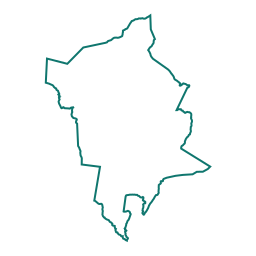 the district of Jano, Olancho, Honduras
{"feature_id": "27666195B16054115349616", "entity_name": "Jano", "entity_type": "district", "adm_level": 2, "iso_a3": "HND", "parent_name": "Honduras", "parent_adm1": "Olancho", "projection": "orthographic", "projection_center": [-86.513, 15.059], "detail": "fine", "context": "isolated", "style": "outline", "palette": "teal", "viewbox_px": 256, "rotation_deg": 0, "n_neighbors": 0, "source": "geoboundaries", "source_scale": "gbopen_adm2", "svg_char_len": 5806}
<svg xmlns="http://www.w3.org/2000/svg" viewBox="0 0 256 256"><path d="M47.0,58.6L45.8,82.7L49.2,83.7L50.0,84.1L52.6,85.2L53.3,85.9L53.9,86.9L55.1,88.0L56.2,88.5L56.3,89.4L56.5,89.8L57.0,90.2L57.8,90.6L58.0,90.8L58.7,92.9L59.1,93.3L59.2,93.6L59.1,93.9L58.4,94.6L58.6,94.8L59.0,94.8L59.3,95.0L59.5,95.5L59.1,96.4L59.0,96.8L59.6,97.0L59.4,97.2L59.2,97.4L59.1,97.6L59.1,98.7L59.3,98.9L59.5,99.1L59.6,99.4L59.4,99.8L58.7,101.2L58.6,101.7L59.1,103.6L60.5,106.3L60.9,107.4L61.3,108.0L61.6,108.2L62.0,108.1L62.8,107.6L63.2,107.2L63.4,107.2L63.8,107.4L64.2,108.0L64.6,108.2L68.2,108.4L69.7,108.6L70.2,108.4L70.6,107.9L71.2,107.6L73.1,107.3L73.2,107.5L72.8,107.7L72.6,107.9L72.2,108.8L72.0,111.1L72.3,112.0L71.8,113.2L71.7,113.8L71.5,114.3L71.5,114.7L71.7,115.2L71.8,116.0L72.0,116.5L72.5,116.9L73.1,117.7L73.4,118.0L73.9,118.1L75.7,118.5L76.7,119.2L76.8,119.4L76.7,120.0L76.1,121.2L76.0,122.3L76.1,122.7L77.1,123.6L78.1,145.8L78.3,146.4L78.7,146.9L79.1,147.5L79.6,149.0L80.4,150.8L80.5,151.8L80.3,152.4L80.3,153.0L80.6,155.5L81.5,157.2L81.8,158.3L81.7,164.5L100.0,166.8L94.3,200.6L94.8,200.7L95.1,200.9L95.9,201.5L98.2,203.5L98.7,203.8L99.5,204.0L101.2,203.8L101.6,203.9L101.9,204.3L102.4,205.2L102.4,205.9L102.8,207.3L102.5,208.6L102.4,209.6L102.5,210.0L102.7,210.4L102.8,211.3L102.6,212.1L102.6,213.1L102.4,214.5L103.0,216.2L103.6,216.8L103.9,217.4L104.2,217.5L104.7,217.6L104.9,218.1L105.5,218.7L107.1,219.6L107.9,219.8L108.9,220.3L109.1,220.5L109.4,221.3L109.7,221.7L110.1,222.0L111.2,222.5L111.8,223.2L112.3,223.6L112.2,224.4L112.2,225.0L112.4,225.2L113.1,225.7L113.7,225.7L114.2,225.9L114.6,225.9L114.8,226.0L114.7,227.0L115.1,228.3L115.9,228.9L115.5,229.6L115.4,229.9L115.9,231.6L116.0,232.0L116.3,232.3L116.8,232.5L117.0,232.5L117.2,232.4L117.4,232.4L118.1,233.7L118.6,234.3L119.1,234.6L120.2,234.9L120.5,235.1L120.7,235.3L121.0,235.9L121.2,236.2L121.8,236.4L122.7,236.2L122.7,236.8L122.8,237.5L123.0,238.2L123.3,238.7L124.8,239.1L125.5,240.0L125.9,240.2L126.3,240.3L126.9,240.6L127.0,239.7L127.6,239.0L127.9,238.6L127.9,238.2L127.7,237.8L126.4,236.8L126.0,235.5L125.5,234.9L125.4,234.1L125.6,233.5L125.4,233.0L125.1,231.9L125.1,231.5L125.2,231.3L125.9,231.1L126.3,230.7L125.9,230.3L125.5,230.2L125.5,229.5L125.0,229.4L125.0,228.8L124.7,228.5L125.4,227.5L126.2,225.0L126.2,224.0L126.9,222.9L127.3,221.6L127.7,220.7L128.4,220.1L129.1,218.7L130.7,214.1L130.2,213.5L129.9,212.4L129.6,211.8L129.2,211.5L128.0,210.9L127.7,210.9L126.2,211.5L125.0,211.7L124.0,211.7L123.6,211.5L125.6,196.7L125.9,195.9L126.3,195.3L126.7,195.2L128.9,194.9L129.6,194.7L131.2,194.7L132.5,194.6L133.9,194.7L134.7,194.6L135.8,194.9L137.2,194.9L137.7,195.5L138.2,195.8L139.1,196.0L140.4,197.3L141.6,197.5L142.0,197.5L142.2,197.4L142.8,197.0L143.3,197.3L143.4,197.5L143.3,198.9L142.9,199.8L142.9,200.3L143.1,200.5L143.8,200.8L144.3,201.4L145.2,201.7L145.3,202.9L145.3,203.1L145.1,203.3L144.7,203.3L144.0,203.6L143.4,204.1L143.1,204.6L143.5,205.9L143.3,206.8L143.3,207.7L142.7,209.0L142.7,210.0L142.5,210.6L142.6,210.8L143.0,211.1L143.2,211.3L142.9,212.0L142.4,212.9L142.4,213.1L142.5,213.3L143.5,214.6L143.8,214.7L144.0,214.5L144.1,214.2L144.5,213.8L144.8,213.0L145.7,212.1L146.8,210.5L148.2,207.9L149.1,205.3L149.5,204.9L150.2,203.5L151.1,202.6L152.1,201.2L152.9,199.9L153.5,199.2L153.9,198.5L154.2,198.0L154.4,197.5L155.4,195.9L156.0,195.1L157.1,195.0L157.5,194.8L157.8,194.4L158.0,193.9L158.6,193.1L158.7,192.8L158.5,191.4L158.6,190.8L158.6,190.0L158.8,188.8L158.7,187.5L158.8,185.0L159.2,184.6L160.4,183.8L160.8,183.4L160.8,183.0L160.7,181.7L160.8,181.3L161.2,181.1L162.4,181.3L162.8,181.1L163.0,180.9L163.1,179.7L163.4,179.2L163.7,178.9L165.2,178.3L166.8,177.7L175.6,175.8L182.9,174.9L192.6,174.3L196.8,171.8L202.9,171.7L207.8,169.0L210.2,166.6L181.2,148.6L181.2,148.2L181.2,147.5L181.4,146.7L181.5,146.3L181.9,145.9L182.9,145.3L183.8,144.2L184.5,143.7L184.7,143.4L184.9,142.8L184.9,141.3L185.3,140.5L185.7,139.3L187.0,137.3L188.2,136.4L188.8,135.0L189.4,134.6L189.9,134.4L190.1,133.3L190.8,131.6L190.9,131.1L190.6,129.5L190.7,128.5L190.8,126.9L191.2,126.5L191.5,125.6L191.5,125.2L191.4,124.2L191.3,123.5L191.9,121.9L192.0,121.2L191.9,120.2L191.2,118.8L191.0,118.1L191.0,117.8L191.2,117.6L191.2,117.2L191.2,116.7L191.1,116.3L191.3,115.4L191.3,114.6L191.2,113.9L191.0,113.5L189.9,112.5L189.3,112.2L188.3,112.2L187.9,112.1L187.4,111.9L186.3,112.2L185.5,112.8L185.2,112.8L184.9,112.8L184.6,112.6L184.4,112.2L183.3,111.6L182.7,110.6L182.3,110.5L181.7,110.5L181.4,110.3L180.8,109.2L180.3,109.3L178.7,109.2L178.1,109.5L177.2,110.1L176.6,110.1L187.4,87.6L188.1,87.5L188.7,87.1L189.2,86.2L189.3,85.8L189.3,85.5L189.2,85.3L189.0,85.2L188.2,85.3L187.3,85.2L185.6,84.0L184.6,83.8L183.4,83.4L183.1,83.5L182.5,84.3L181.7,84.8L181.0,85.4L180.3,85.7L180.0,85.7L179.8,85.5L179.7,85.4L179.7,85.1L180.3,84.1L180.4,83.8L180.3,83.6L179.9,83.1L179.3,82.8L179.1,82.4L177.6,81.3L177.1,80.8L175.2,79.7L174.8,79.4L174.3,78.7L173.8,77.0L173.1,75.7L172.4,74.9L172.0,74.2L171.5,73.8L169.7,71.1L168.1,69.5L153.0,58.8L151.6,57.1L151.1,56.3L150.7,55.5L150.3,53.8L149.5,52.1L148.7,50.8L148.2,50.1L149.9,47.5L151.6,46.2L152.7,44.2L153.3,43.6L153.6,42.7L153.7,41.0L153.9,40.1L154.4,39.5L154.9,39.1L150.8,29.4L150.3,15.4L148.1,16.9L147.1,17.3L146.9,17.5L146.5,17.9L144.9,18.7L144.5,18.7L143.3,18.6L142.8,18.3L142.5,18.2L141.4,18.4L140.8,18.6L140.4,18.4L139.7,18.5L138.9,18.4L138.0,18.9L137.3,19.1L136.8,19.2L135.5,19.2L134.6,19.7L134.0,20.2L132.9,20.7L131.7,21.1L131.1,22.1L130.2,23.3L127.3,28.3L126.8,28.7L125.3,29.2L124.7,29.9L123.2,30.4L123.0,30.6L122.9,30.9L123.0,32.1L122.7,33.0L122.6,34.5L122.3,35.3L122.3,35.8L122.0,36.2L121.0,36.7L119.2,37.5L117.8,37.8L116.1,37.6L114.5,37.7L114.1,37.8L113.2,38.3L111.1,40.1L110.3,40.4L109.4,40.6L108.0,41.1L107.7,41.4L107.0,42.3L105.5,42.8L83.3,47.5L67.3,63.8L47.0,58.6Z" fill="none" stroke="#0f766e" stroke-width="2"/></svg>